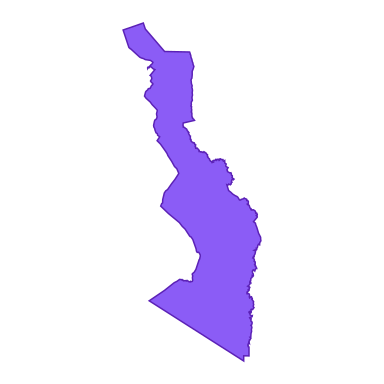 Narok South, Rift Valley, Kenya (Robinson projection)
{"feature_id": "3690345B7468975008705", "entity_name": "Narok South", "entity_type": "district", "adm_level": 2, "iso_a3": "KEN", "parent_name": "Kenya", "parent_adm1": "Rift Valley", "projection": "robinson", "projection_center": [35.805, -1.359], "detail": "fine", "context": "isolated", "style": "filled", "palette": "violet", "viewbox_px": 384, "rotation_deg": 0, "n_neighbors": 0, "source": "geoboundaries", "source_scale": "gbopen_adm2", "svg_char_len": 6031}
<svg xmlns="http://www.w3.org/2000/svg" viewBox="0 0 384 384"><path d="M130.2,48.7L130.4,48.6L139.8,57.2L141.4,58.0L143.5,58.6L145.3,59.6L150.5,60.4L152.7,62.0L152.9,62.5L151.9,64.1L150.7,65.0L150.5,65.6L150.1,65.7L149.8,66.3L149.2,66.6L149.1,67.2L147.9,67.2L147.6,67.9L147.7,68.4L148.0,67.8L149.1,67.8L149.4,67.1L150.5,66.7L151.2,67.0L153.4,69.0L154.9,69.6L150.1,75.4L150.8,75.8L151.5,76.9L151.8,78.8L150.5,81.0L151.5,82.5L152.7,83.4L152.9,84.0L152.4,84.9L151.6,85.4L150.1,88.4L148.9,88.5L148.1,88.9L147.7,89.9L146.4,90.9L145.6,91.9L144.5,96.1L146.1,98.3L150.3,102.1L152.1,104.6L155.2,107.8L157.0,109.8L157.3,110.6L156.5,113.9L157.1,117.0L156.5,118.7L155.9,119.4L155.1,119.8L154.5,121.0L153.6,125.3L153.8,126.9L154.7,128.6L155.0,130.1L156.0,132.8L157.3,133.6L157.6,135.2L159.7,136.8L157.1,140.7L160.4,144.0L165.4,151.0L167.1,153.6L167.9,155.6L171.7,161.4L174.5,166.5L176.8,168.7L178.7,173.2L178.7,173.6L174.9,179.5L171.7,183.6L167.6,189.5L165.7,190.9L164.3,193.0L162.7,199.6L162.6,202.9L161.7,203.6L160.7,206.1L168.4,213.5L179.4,222.6L182.2,226.3L185.1,229.1L189.6,236.0L190.2,236.6L191.0,236.9L192.8,239.5L196.1,248.9L196.4,251.0L196.9,252.0L197.3,252.4L198.2,252.2L198.9,252.5L200.2,254.8L200.3,256.0L199.6,259.2L199.2,259.5L195.9,269.4L194.2,272.2L192.4,273.7L192.2,274.2L192.7,275.9L192.4,277.7L192.7,280.3L192.3,281.4L190.9,281.7L190.5,281.4L190.2,281.9L189.0,281.8L188.6,281.2L187.6,281.0L187.0,280.4L186.3,281.0L185.4,280.6L183.7,280.8L183.4,280.3L182.8,280.4L182.2,279.6L181.5,279.8L181.4,279.6L179.6,279.4L177.0,281.3L174.2,282.7L164.5,290.4L149.2,300.8L243.7,361.0L243.7,355.8L249.0,355.9L249.0,347.0L248.2,346.7L247.9,345.3L248.2,345.2L248.0,344.2L248.5,343.8L248.7,342.6L249.3,343.2L249.1,342.0L249.4,339.8L249.6,339.7L249.8,340.1L250.9,338.2L250.0,337.2L250.8,337.0L251.0,333.5L251.6,331.4L251.4,329.3L251.9,327.7L251.5,326.0L250.9,325.3L251.7,324.7L252.2,322.9L251.7,321.5L251.0,321.2L250.9,320.8L251.1,318.9L250.5,319.1L250.0,318.4L250.1,318.0L249.8,317.7L252.1,316.7L252.3,315.6L251.7,315.8L250.1,314.9L250.0,314.1L248.9,312.1L249.7,311.4L250.1,311.4L250.5,312.7L250.8,312.9L251.3,312.2L251.0,309.5L251.9,309.2L252.6,309.6L254.0,307.6L253.5,307.1L253.3,306.4L253.4,305.3L253.7,304.7L253.3,303.0L253.6,301.6L251.8,299.2L252.3,298.9L252.3,298.4L252.0,298.2L251.5,296.8L251.2,296.7L249.6,297.9L249.3,296.7L249.7,296.4L249.3,294.1L248.0,293.3L247.6,293.7L247.1,293.8L247.0,293.5L247.0,292.1L248.9,290.6L248.2,290.0L248.2,289.6L249.2,289.3L249.4,287.9L249.8,287.6L249.5,286.9L248.8,286.9L247.7,286.2L248.6,285.7L249.9,284.1L249.8,282.5L250.8,283.0L250.8,282.5L250.2,281.0L250.8,280.3L250.8,278.4L252.0,277.5L252.2,275.6L253.0,276.3L253.4,275.8L253.2,273.8L252.6,273.2L252.3,271.2L252.9,270.8L252.9,270.2L253.3,269.8L254.1,270.1L254.8,271.0L255.4,269.2L256.1,268.5L256.7,268.5L256.3,267.1L255.3,266.3L255.2,265.9L255.5,265.6L254.6,264.5L254.8,264.2L255.2,264.1L255.2,262.0L254.8,261.9L254.5,261.1L254.2,261.1L254.4,260.0L253.8,258.5L252.9,258.0L253.2,257.7L253.1,257.2L254.2,256.8L254.2,256.5L253.8,256.2L255.0,254.0L255.5,251.7L255.3,250.7L254.2,250.3L254.9,250.0L255.7,250.3L255.8,249.9L256.4,249.9L256.7,249.6L256.4,249.0L256.3,248.3L256.8,248.4L257.1,248.0L257.5,247.2L257.7,245.7L258.5,244.2L259.6,244.8L259.8,242.3L260.5,241.7L260.9,240.6L260.7,239.4L260.6,237.2L258.6,233.3L256.8,227.3L255.8,224.9L255.4,223.1L253.5,221.7L257.2,217.2L257.2,216.3L256.4,215.7L257.1,215.3L257.3,214.5L256.7,213.1L256.2,213.1L256.4,213.7L255.9,213.5L255.6,212.7L255.7,212.1L255.0,210.8L253.4,209.8L252.6,209.8L252.0,210.1L251.0,209.7L251.2,209.2L251.0,208.6L250.6,208.6L249.9,207.7L249.3,205.7L248.8,205.1L247.4,204.5L247.3,204.2L248.1,204.2L248.4,204.0L248.2,203.2L248.4,202.2L248.3,201.3L247.6,200.5L246.7,200.5L246.7,199.3L245.8,198.8L245.1,198.7L244.2,198.0L243.3,198.8L241.1,199.4L240.7,200.0L239.5,200.0L237.9,197.3L237.0,196.5L235.1,195.6L232.6,194.0L231.0,192.4L228.6,190.5L226.9,184.8L227.7,185.2L228.3,184.8L228.6,184.1L230.3,184.8L230.7,184.2L231.1,184.1L231.3,182.7L232.0,182.2L231.4,181.3L231.8,179.9L232.4,179.4L233.2,179.9L234.0,179.1L232.0,177.7L232.3,177.2L232.3,175.7L231.5,175.2L231.3,173.6L230.9,172.7L229.9,172.9L227.5,171.6L227.4,170.5L226.9,169.9L228.1,167.6L226.3,166.7L225.9,166.3L225.8,165.4L226.2,164.0L224.8,163.0L224.7,160.6L223.9,161.2L223.4,161.1L223.0,160.7L223.0,159.6L221.5,159.5L220.4,158.8L219.3,159.1L219.2,159.4L219.7,159.9L219.1,160.4L218.7,159.7L217.9,159.2L217.2,159.5L216.7,160.2L216.2,159.4L215.8,159.3L215.3,159.7L215.2,160.3L214.6,160.7L213.5,160.4L213.2,160.5L212.7,161.0L212.7,161.5L213.3,162.2L212.0,162.6L211.7,161.9L211.0,161.2L210.5,161.2L210.1,160.4L209.6,160.0L209.5,159.0L208.0,157.6L208.0,157.0L207.6,156.8L207.6,156.2L207.3,155.9L207.5,154.7L206.7,154.2L206.0,153.0L204.9,152.6L204.7,152.1L204.3,152.1L203.9,151.7L203.1,152.5L202.6,152.1L202.3,152.3L201.6,151.9L201.0,152.0L200.9,151.7L200.1,151.8L199.3,151.2L199.2,150.4L199.0,150.2L198.9,150.4L198.8,149.9L197.4,148.3L197.0,148.0L196.4,148.4L195.7,148.3L195.7,147.6L195.2,146.7L195.6,146.3L195.4,145.7L195.7,144.9L194.8,144.5L194.8,144.0L194.2,142.8L193.2,142.9L193.0,142.4L191.5,141.7L191.1,141.1L191.2,140.7L190.6,139.8L190.9,139.7L191.0,139.4L190.3,139.0L190.4,136.2L190.1,136.2L188.6,133.6L188.9,132.5L188.2,132.2L188.2,131.6L187.2,130.6L186.8,129.3L186.4,128.9L185.3,128.3L184.8,127.6L183.2,127.0L183.4,126.3L183.0,125.4L183.2,123.0L194.5,120.4L193.6,119.1L192.7,118.6L192.7,118.0L192.3,117.7L192.2,116.9L191.9,116.4L191.9,113.3L191.3,112.1L191.6,112.0L191.5,111.5L191.7,110.8L191.5,110.5L191.7,109.4L191.4,108.4L191.6,106.6L190.9,106.0L191.4,104.8L191.2,103.7L191.5,101.5L192.0,101.1L192.4,100.2L192.0,98.2L192.1,97.8L191.9,97.4L192.5,95.1L192.2,92.8L192.5,90.3L192.2,88.4L191.8,87.2L192.2,85.9L191.4,83.5L191.2,81.0L191.0,80.2L191.4,78.9L191.9,78.2L192.2,74.9L192.2,71.4L193.2,68.8L193.9,66.4L193.1,64.5L192.9,63.0L192.3,61.6L191.8,59.2L191.0,57.3L190.7,55.0L190.2,54.3L190.2,53.6L189.6,52.0L164.6,51.5L145.3,29.0L143.3,23.0L123.1,30.0L128.9,47.5L130.2,48.7Z" fill="#8b5cf6" stroke="#5b21b6" stroke-width="1.5"/></svg>